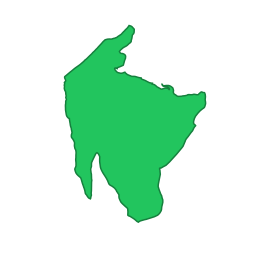 Poplaca, Sibiu, Romania (Natural Earth projection), rotated 313°
{"feature_id": "2599482B54964729595352", "entity_name": "Poplaca", "entity_type": "district", "adm_level": 2, "iso_a3": "ROU", "parent_name": "Romania", "parent_adm1": "Sibiu", "projection": "natural_earth1", "projection_center": [23.913, 45.648], "detail": "fine", "context": "isolated", "style": "filled", "palette": "green", "viewbox_px": 256, "rotation_deg": 313, "n_neighbors": 0, "source": "geoboundaries", "source_scale": "gbopen_adm2", "svg_char_len": 5742}
<svg xmlns="http://www.w3.org/2000/svg" viewBox="0 0 256 256"><g transform="rotate(313 128 128)"><path d="M66.2,199.8L67.3,200.0L68.3,200.3L72.2,202.6L73.6,203.6L77.7,205.9L81.1,207.8L84.1,209.0L84.8,209.2L87.0,209.3L89.2,208.9L90.3,208.6L91.5,207.9L92.6,207.0L93.6,206.3L95.4,205.3L97.3,204.2L98.3,203.3L99.2,202.4L100.1,200.7L101.4,198.8L102.0,197.0L104.2,192.6L105.8,189.9L107.6,188.5L109.5,187.3L116.3,183.1L116.5,182.8L119.1,179.9L119.4,179.2L120.1,178.6L120.7,178.8L120.9,179.2L121.4,179.5L124.1,180.3L126.6,181.2L131.4,181.5L141.8,181.4L150.3,180.9L152.2,180.7L157.4,178.8L158.5,178.3L159.9,178.0L162.8,177.8L167.7,177.2L170.0,177.1L173.1,176.1L174.6,175.9L175.8,175.9L175.9,175.6L176.0,174.8L175.9,173.7L176.1,173.0L176.5,172.4L177.7,171.4L179.2,170.6L180.5,170.0L182.9,169.3L186.8,169.0L189.8,169.0L191.3,169.2L192.7,169.4L194.1,169.7L195.0,169.8L195.9,169.6L198.3,168.4L199.0,167.9L200.1,166.7L201.0,165.5L201.7,164.8L202.3,164.4L203.7,163.3L205.1,161.7L205.8,160.5L206.0,159.9L205.9,159.6L205.6,159.2L205.3,158.9L205.0,158.5L204.8,158.1L204.8,157.5L204.6,157.3L204.1,156.9L202.7,156.7L201.7,156.6L200.8,156.6L200.3,156.6L199.9,156.3L199.4,155.8L198.9,155.0L198.1,153.8L197.5,153.1L196.1,152.2L195.0,151.1L194.5,150.4L193.6,149.4L193.2,149.1L192.8,149.0L192.2,148.8L191.7,148.5L190.4,147.6L188.7,146.1L187.6,145.4L186.6,144.4L185.5,143.3L185.0,142.7L184.8,141.6L184.7,140.3L184.3,138.7L184.5,137.9L184.8,137.1L185.4,136.4L186.2,136.0L187.2,134.7L187.9,133.2L187.6,130.6L187.0,129.1L186.6,128.5L185.3,127.1L184.4,126.3L183.5,125.6L183.3,125.2L183.0,124.6L182.9,124.0L183.3,123.3L183.3,123.1L183.2,123.0L182.9,123.4L182.7,124.0L182.6,124.9L182.7,125.4L183.0,126.0L184.8,128.3L185.2,129.6L185.2,130.2L185.0,131.3L184.7,131.8L184.2,131.9L184.1,131.7L184.2,131.3L184.3,131.0L184.2,130.4L183.9,129.7L182.9,128.4L182.2,127.8L181.1,127.1L179.4,126.2L179.1,125.7L178.8,124.6L178.6,124.0L178.4,123.0L177.9,121.3L177.9,120.6L177.9,119.1L177.6,117.5L177.2,116.8L177.0,116.2L176.6,115.8L177.4,115.3L176.7,114.4L175.7,112.6L174.9,109.9L174.7,108.9L174.3,107.7L173.1,104.7L173.1,104.1L173.6,103.6L172.2,101.4L170.4,97.8L169.9,97.3L169.0,96.2L168.4,95.7L166.9,91.8L166.6,90.7L166.5,88.2L166.7,87.7L166.3,87.4L164.6,86.6L164.2,86.4L163.8,86.1L162.8,85.0L162.1,83.6L161.7,83.0L161.4,81.7L161.6,79.3L161.8,78.7L162.1,78.0L162.3,77.7L162.5,77.6L162.8,77.6L163.0,77.6L163.4,77.9L163.7,78.9L164.1,79.6L164.7,79.0L167.5,80.4L170.3,81.6L170.8,81.7L175.2,79.4L177.3,78.6L178.8,77.4L179.0,77.1L179.3,76.6L179.4,76.3L179.4,75.8L179.4,75.1L179.0,73.8L178.8,73.3L178.0,72.3L177.7,71.8L177.6,71.3L177.9,69.9L178.1,69.5L179.4,69.4L180.6,69.4L183.2,69.7L184.7,70.1L185.5,70.4L187.0,70.9L188.4,71.1L190.3,71.2L191.4,71.4L191.9,71.5L192.5,71.5L193.3,71.4L194.4,70.6L196.3,69.6L197.5,68.8L198.2,68.3L199.1,67.8L199.9,67.7L200.7,67.8L201.5,67.5L202.3,67.1L203.2,66.3L204.2,65.5L204.5,65.1L204.6,64.4L204.7,62.8L204.8,61.8L204.7,61.3L204.6,60.8L204.5,60.5L203.8,59.1L203.7,58.9L201.7,59.2L200.1,59.3L197.9,59.1L197.1,59.2L196.4,59.2L195.6,59.1L194.6,59.1L194.1,59.1L193.0,59.1L192.4,59.2L191.3,59.0L188.0,58.2L186.6,58.0L185.4,57.4L184.2,56.8L183.5,56.2L182.2,55.6L181.5,55.0L180.2,53.5L179.5,52.9L179.0,52.4L178.2,51.9L176.9,51.1L174.0,50.9L172.1,51.0L167.3,51.0L165.2,51.1L164.0,51.0L161.0,51.0L159.1,50.8L157.8,50.9L156.2,50.8L154.5,50.7L149.8,50.5L148.6,50.2L146.4,50.2L141.2,49.6L136.0,48.5L134.1,48.2L131.5,47.9L129.7,47.6L123.8,46.9L123.2,46.8L122.6,46.7L122.2,46.8L121.8,47.1L121.4,47.6L121.1,48.4L120.2,50.1L119.7,50.4L119.2,50.6L118.8,50.4L118.2,50.4L117.8,50.5L117.4,51.2L117.1,51.6L116.8,51.7L116.1,52.0L115.7,52.3L115.6,52.8L115.2,53.1L113.5,54.4L113.1,55.0L112.3,56.4L112.2,57.2L111.8,57.8L111.1,58.7L110.6,59.1L109.8,60.2L109.4,60.8L109.1,61.1L108.3,61.4L107.7,61.9L107.1,63.3L106.7,63.6L105.2,64.1L104.0,65.2L103.3,65.8L102.9,66.1L102.2,66.5L101.1,67.6L100.8,67.8L100.3,68.4L98.9,69.7L98.2,70.5L97.6,71.3L96.2,73.1L95.5,74.0L94.9,75.2L94.6,76.6L94.6,77.6L94.7,78.0L94.7,78.4L94.9,78.7L94.0,79.7L91.8,82.6L91.0,83.6L90.3,84.5L88.9,87.0L88.1,87.8L88.0,88.1L86.8,89.8L86.3,90.3L85.2,90.9L84.5,91.2L84.3,91.3L83.4,92.1L83.0,92.5L82.6,93.2L82.5,93.5L82.4,94.6L82.0,96.1L81.5,97.5L81.3,98.1L80.9,98.7L80.5,99.2L79.8,99.8L78.9,100.5L78.2,101.2L77.8,101.8L77.1,102.7L76.6,103.7L76.3,104.7L75.8,105.4L74.9,106.5L73.8,107.5L72.9,108.2L70.7,110.2L69.7,110.9L69.1,111.4L67.0,113.8L65.9,114.8L65.2,115.5L64.6,115.9L63.8,116.3L62.5,116.7L61.9,117.0L61.4,117.4L60.9,118.2L60.4,119.0L59.6,120.7L59.3,122.1L59.2,124.0L59.3,126.4L59.3,127.4L59.2,127.6L58.6,128.8L56.3,132.6L55.6,134.0L54.3,136.4L54.0,137.1L52.8,139.1L51.1,141.4L50.9,141.9L50.7,143.7L50.4,144.5L50.2,145.4L50.0,146.8L50.1,147.4L50.5,148.8L51.0,148.7L51.9,148.1L52.7,147.6L53.7,147.2L54.4,146.5L55.2,145.5L55.9,145.0L57.2,144.0L61.2,140.4L63.3,138.5L64.1,137.9L65.2,137.1L65.9,136.1L69.3,132.7L70.0,131.6L71.7,129.6L72.3,128.9L73.1,128.4L74.7,127.6L75.2,127.3L75.7,126.8L76.8,125.8L77.8,125.0L78.6,124.7L80.9,123.9L86.4,122.2L87.8,121.9L88.7,122.1L88.9,122.5L88.9,123.5L88.8,124.2L88.5,125.1L88.2,125.8L88.0,126.3L87.7,126.9L87.1,127.5L86.5,128.0L85.9,128.5L83.9,130.4L82.3,132.4L80.5,134.6L79.7,136.0L79.2,137.1L78.6,138.7L78.0,140.5L77.5,142.5L76.9,144.9L76.4,146.7L75.9,148.1L75.5,149.2L74.9,150.4L74.5,151.3L74.2,151.9L74.0,152.7L74.0,153.2L74.0,153.8L74.6,156.2L74.9,159.3L74.4,162.0L73.9,163.0L73.8,163.8L73.5,164.9L73.3,165.7L73.2,166.3L72.9,167.0L71.7,168.1L70.8,169.1L70.0,170.7L69.0,173.3L68.9,174.2L68.8,175.7L68.8,179.3L68.9,182.1L68.8,182.6L68.6,183.0L67.5,184.2L67.0,184.8L66.0,185.7L64.7,186.8L64.2,187.2L64.1,187.5L64.1,187.9L64.2,188.4L64.7,189.5L64.9,190.3L65.2,191.9L65.3,192.3L65.7,194.8L65.8,196.6L65.8,198.2L66.2,199.8Z" fill="#22c55e" stroke="#15803d" stroke-width="1.5"/></g></svg>